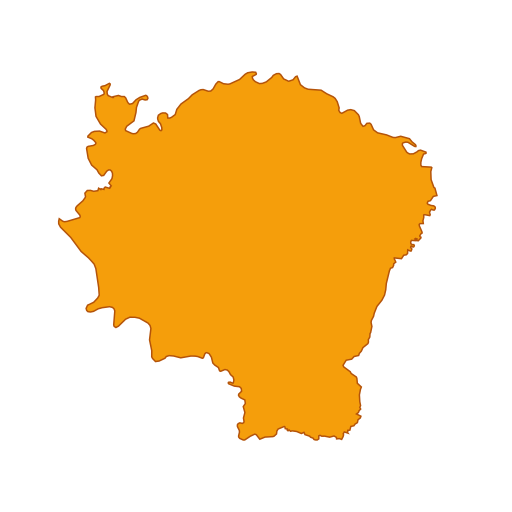 outline of Soc Son, Ha Noi, Vietnam, rotated 170°
{"feature_id": "81297802B86407395704878", "entity_name": "Soc Son", "entity_type": "district", "adm_level": 2, "iso_a3": "VNM", "parent_name": "Vietnam", "parent_adm1": "Ha Noi", "projection": "orthographic", "projection_center": [105.824, 21.281], "detail": "fine", "context": "isolated", "style": "filled", "palette": "amber", "viewbox_px": 512, "rotation_deg": 170, "n_neighbors": 0, "source": "geoboundaries", "source_scale": "gbopen_adm2", "svg_char_len": 6016}
<svg xmlns="http://www.w3.org/2000/svg" viewBox="0 0 512 512"><g transform="rotate(170 256 256)"><path d="M388.9,429.9L389.3,421.3L386.2,412.9L381.7,406.9L381.1,405.4L381.2,404.3L383.4,403.4L388.4,406.2L393.5,406.8L396.6,406.2L400.7,403.3L401.0,402.3L397.4,400.0L395.7,398.2L394.1,395.5L394.2,394.6L394.9,393.8L397.0,393.1L402.2,393.1L403.5,392.6L404.2,391.3L404.3,381.4L402.1,374.1L397.6,368.5L396.4,365.0L394.3,361.8L392.0,361.8L388.2,365.5L386.1,366.4L384.6,366.0L383.5,364.6L383.0,362.5L383.3,360.1L384.4,357.2L388.2,353.4L386.4,350.2L387.8,349.2L387.6,348.7L388.5,348.1L392.5,350.1L393.9,349.1L394.2,348.0L396.9,349.1L397.3,348.4L399.2,350.1L400.4,347.8L404.6,347.9L407.7,349.4L410.8,349.8L413.6,347.6L413.6,344.0L414.0,343.3L416.9,340.4L423.5,336.4L424.9,335.1L425.5,333.7L425.4,332.2L422.3,326.7L422.3,325.2L422.9,324.4L436.0,322.9L438.7,323.0L440.3,323.8L443.3,326.9L444.3,324.5L444.7,321.9L443.5,318.3L435.3,306.6L427.4,290.8L421.3,283.3L418.6,279.1L416.8,276.1L415.9,271.4L416.4,252.4L417.2,244.6L419.2,242.1L423.9,238.6L430.4,236.8L432.4,233.9L432.2,231.8L431.2,230.4L428.7,229.6L425.6,229.7L420.6,231.4L416.5,231.8L409.0,231.5L406.3,230.3L405.0,228.7L404.6,226.4L408.1,212.8L407.9,211.3L406.4,209.9L403.6,210.8L395.4,216.4L390.9,217.6L385.9,216.7L381.6,215.0L374.0,208.7L372.4,206.0L372.1,202.8L375.4,191.9L375.1,180.9L376.2,174.8L375.6,172.9L373.3,169.5L369.6,169.4L363.4,171.1L361.8,172.6L358.9,173.0L354.4,171.8L347.8,168.8L337.6,168.8L333.4,168.0L330.8,167.1L326.6,164.6L325.5,164.9L323.4,168.5L322.3,169.3L321.3,169.4L319.1,168.0L317.5,164.1L317.1,158.1L315.6,155.8L312.4,152.7L311.8,149.2L310.8,148.6L306.3,149.6L304.0,148.6L302.7,146.7L301.7,143.6L299.5,140.8L299.3,137.7L300.4,134.9L301.0,134.8L303.3,136.3L305.0,136.4L305.4,135.8L305.1,134.9L299.9,131.6L294.9,130.1L293.5,128.1L293.7,125.3L297.0,123.0L297.4,121.9L296.9,120.3L295.6,118.8L292.0,116.2L292.1,112.6L294.7,109.9L294.1,103.8L296.5,98.6L296.5,95.1L297.0,94.1L298.5,93.5L300.9,94.5L302.7,94.0L303.7,92.9L303.9,91.2L302.7,87.1L302.9,85.3L304.4,81.8L304.5,80.7L303.7,79.2L300.5,77.0L299.0,76.8L292.9,79.5L288.1,80.8L286.7,79.9L284.1,74.9L278.6,76.1L270.7,75.2L269.5,75.4L266.7,77.2L265.8,80.1L264.2,81.8L257.8,83.2L257.2,82.6L257.2,80.9L255.2,80.2L255.5,79.2L254.8,78.3L253.7,79.0L252.4,77.4L250.6,77.5L246.4,76.1L242.1,73.3L239.4,74.0L238.8,71.6L234.4,69.2L233.8,68.1L231.4,66.7L230.8,65.3L229.6,64.6L227.7,64.2L225.9,65.0L225.4,68.0L224.1,68.3L222.5,67.1L219.8,66.7L214.9,64.8L210.4,65.2L208.3,63.4L208.4,61.9L205.6,61.7L203.5,60.5L201.6,63.0L200.8,64.7L201.0,65.7L199.6,67.4L196.2,65.6L196.7,66.7L196.1,67.1L195.9,68.4L193.8,68.2L192.2,71.7L189.1,71.8L187.6,73.3L185.1,74.3L184.0,77.0L181.4,78.4L180.5,80.0L184.5,83.0L182.3,84.1L181.3,85.8L179.5,87.1L180.1,88.9L179.0,90.5L179.1,94.4L178.3,101.3L176.3,106.5L175.0,108.7L178.3,113.1L177.9,117.9L178.2,119.4L182.7,123.8L183.3,125.7L188.8,131.5L189.3,133.2L185.3,137.7L179.7,137.8L176.8,140.0L172.2,140.2L171.1,142.2L168.8,144.0L166.6,147.2L161.0,150.3L160.2,151.7L159.9,154.1L158.0,156.4L157.2,159.8L156.4,160.7L154.1,166.5L154.2,170.6L153.6,172.4L150.7,176.2L149.5,179.1L145.7,185.3L139.7,190.6L136.2,195.2L134.1,200.2L132.4,206.4L127.2,218.2L125.7,220.6L123.5,220.9L122.1,222.9L121.7,224.5L119.4,225.7L120.3,229.2L120.1,230.1L113.2,228.1L110.4,231.1L107.7,231.1L106.3,232.2L105.5,235.7L103.2,234.1L102.3,234.0L101.3,235.8L102.2,237.7L101.8,238.7L101.2,238.8L99.8,237.5L98.8,237.8L98.3,238.7L98.6,239.8L100.2,240.1L101.4,241.3L101.2,243.0L100.2,244.4L96.2,243.4L96.1,244.3L96.6,245.2L95.7,245.6L94.4,244.8L95.3,243.4L93.6,242.8L90.5,245.1L90.3,245.9L91.2,246.6L91.3,247.4L89.4,249.5L88.5,249.7L88.3,250.6L89.9,257.3L89.8,258.8L88.9,259.4L85.6,258.9L85.5,261.7L84.1,264.8L83.7,267.3L82.6,267.4L77.9,265.6L77.3,266.3L77.5,269.1L76.0,270.9L75.0,271.5L73.6,270.5L72.3,270.3L71.2,271.6L71.0,273.0L72.2,274.5L74.9,275.4L77.7,277.1L78.2,278.3L77.1,280.0L74.6,280.2L71.0,283.9L67.3,284.1L68.0,291.8L68.9,292.6L70.3,300.8L69.2,308.8L67.5,312.5L68.0,313.1L77.3,315.3L77.9,316.8L77.4,319.6L76.0,323.0L73.3,327.3L71.1,327.5L70.6,327.8L70.6,328.8L75.6,331.7L77.7,331.6L79.4,330.6L83.3,329.3L86.9,329.8L88.3,330.8L89.5,332.0L92.6,339.6L92.3,341.3L91.5,341.9L88.8,342.2L86.6,341.6L80.8,336.4L79.6,336.0L79.3,336.5L79.6,337.9L82.5,341.3L84.5,344.9L92.7,348.8L98.2,348.4L100.5,349.0L106.4,352.6L114.9,356.2L118.3,359.8L119.8,365.7L120.9,367.1L123.8,367.4L126.1,365.4L128.1,365.1L129.9,368.5L130.1,375.3L130.6,377.3L133.9,382.1L137.3,383.7L140.5,383.7L146.7,381.6L148.3,382.7L149.2,385.1L148.4,387.4L149.2,393.8L150.7,397.5L152.4,399.4L158.2,403.5L163.1,408.0L175.8,411.2L179.1,413.2L182.5,417.0L184.3,426.0L185.9,425.7L188.9,423.1L193.5,422.4L198.0,425.6L200.3,430.5L201.6,431.7L204.2,432.0L207.6,430.9L209.5,429.1L215.6,425.7L219.7,424.9L222.7,425.2L226.4,427.8L228.0,429.9L228.6,431.7L228.5,433.4L224.3,434.8L224.0,435.4L224.4,437.0L227.8,437.9L232.4,437.9L235.1,436.9L241.5,432.7L251.9,430.0L253.7,430.0L258.1,431.3L261.9,434.1L263.0,434.3L265.7,432.3L269.2,428.0L271.9,426.3L274.3,426.5L279.1,429.1L281.4,429.3L283.4,428.9L290.9,425.8L295.2,422.7L303.5,418.7L308.5,414.2L311.0,409.3L315.0,407.3L317.1,406.8L318.9,407.2L318.6,410.7L320.2,412.5L322.9,413.1L324.9,412.9L327.7,411.6L328.9,409.1L329.0,407.8L328.7,405.5L327.1,402.8L326.5,398.8L326.8,396.6L327.8,395.9L328.8,396.5L331.8,403.4L333.9,404.8L339.1,402.5L347.5,401.7L348.7,401.1L351.2,398.5L353.2,397.5L355.6,397.7L357.1,398.3L362.6,402.1L362.7,403.7L360.8,406.2L352.7,410.3L349.3,418.2L347.9,423.1L344.7,428.8L343.6,429.7L340.9,430.3L338.1,428.9L336.1,428.8L335.1,430.0L335.1,431.3L335.8,432.8L336.7,433.4L342.8,432.4L347.0,430.7L351.1,427.6L354.2,427.4L355.6,429.4L356.9,434.4L358.0,435.9L360.8,436.4L363.6,438.0L369.1,437.7L369.0,436.9L369.7,437.0L373.7,439.6L374.3,441.1L374.2,443.8L370.0,449.7L369.7,450.7L370.4,451.5L375.0,450.0L378.1,449.9L379.4,449.3L379.4,447.9L377.5,445.4L377.2,443.8L377.3,442.3L377.9,441.6L382.9,440.3L385.8,440.8L386.5,440.5L386.8,437.7L388.9,429.9Z" fill="#f59e0b" stroke="#b45309" stroke-width="1.5"/></g></svg>